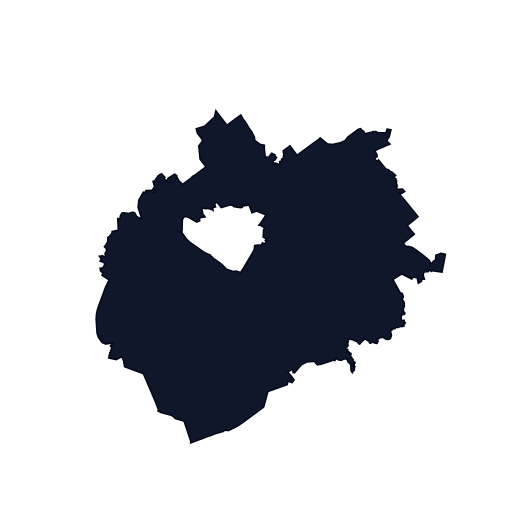 Kandavas pag., Kandavas, Latvia, rotated 243°
{"feature_id": "27541924B18979846350071", "entity_name": "Kandavas pag.", "entity_type": "district", "adm_level": 2, "iso_a3": "LVA", "parent_name": "Latvia", "parent_adm1": "Kandavas", "projection": "mercator", "projection_center": [22.728, 57.032], "detail": "fine", "context": "isolated", "style": "filled", "palette": "ink", "viewbox_px": 512, "rotation_deg": 243, "n_neighbors": 0, "source": "geoboundaries", "source_scale": "gbopen_adm2", "svg_char_len": 6135}
<svg xmlns="http://www.w3.org/2000/svg" viewBox="0 0 512 512"><g transform="rotate(243 256 256)"><path d="M259.4,79.3L255.2,78.6L248.9,79.5L245.8,82.0L243.5,89.0L243.3,89.0L242.8,88.7L242.7,87.9L242.4,87.7L242.5,87.4L242.3,86.9L242.5,86.1L242.3,85.8L241.7,85.4L240.6,85.8L239.2,85.4L238.8,84.6L237.7,84.1L237.4,83.2L236.8,83.2L236.2,82.6L236.4,81.9L234.8,80.9L234.2,79.9L233.1,79.5L232.0,78.4L227.1,84.4L227.2,90.6L222.9,90.5L217.0,88.6L202.2,102.2L172.6,100.2L163.7,99.3L162.4,98.3L159.6,100.3L153.2,107.4L151.2,109.1L147.7,110.3L141.6,116.9L120.3,113.7L119.1,112.9L117.1,130.9L116.4,134.9L116.3,137.8L114.5,147.3L114.9,148.9L112.9,152.4L112.8,161.9L113.6,168.6L117.9,194.3L129.8,205.1L127.2,225.5L130.0,227.5L126.8,230.7L128.3,233.7L133.3,232.9L138.3,231.7L138.3,237.3L135.3,236.1L134.4,237.3L138.4,247.0L138.5,253.3L136.1,258.7L135.8,260.1L131.2,261.1L130.0,264.8L127.9,278.1L127.0,278.7L128.4,281.0L126.6,281.7L124.7,283.9L124.2,285.1L124.4,287.2L123.4,289.5L122.2,290.2L119.9,289.9L116.8,291.0L115.4,290.7L110.9,288.7L109.5,288.6L108.3,289.0L109.2,289.6L109.2,290.7L109.8,292.0L112.0,293.0L112.4,293.9L113.3,293.8L113.7,293.1L113.9,293.2L113.9,293.8L114.3,294.0L115.4,293.2L115.7,294.1L115.3,294.8L115.6,295.5L116.3,294.9L116.5,295.0L116.4,295.5L116.6,295.8L118.7,294.8L119.3,295.4L120.2,295.6L121.1,295.1L122.3,295.2L123.9,294.8L124.7,295.2L125.0,295.9L126.1,296.4L127.1,295.5L128.9,295.1L128.9,294.3L129.0,293.9L129.9,293.9L131.0,295.3L131.3,295.3L131.8,294.0L132.6,293.7L133.6,294.4L133.7,295.0L133.6,295.9L134.6,297.6L136.0,297.6L137.7,299.2L139.4,299.8L139.3,300.9L139.1,301.9L137.4,304.2L133.2,307.4L131.6,307.6L130.5,308.1L130.5,308.9L131.3,310.3L132.4,314.0L132.3,315.5L131.9,316.4L130.3,316.6L129.2,318.2L127.3,317.6L126.4,318.1L126.2,318.8L126.5,320.2L126.3,320.7L124.5,322.3L123.2,323.9L123.2,324.3L124.4,326.0L126.4,326.3L126.8,327.3L126.6,328.2L126.9,329.2L126.4,330.2L126.4,331.1L126.0,332.1L123.0,333.9L121.6,335.7L121.3,337.5L121.7,338.5L123.4,340.5L128.5,342.0L128.7,342.5L128.4,343.0L128.4,343.8L129.0,344.2L128.2,347.0L129.1,348.0L128.1,349.3L127.7,350.8L127.9,352.4L126.9,353.6L126.3,356.0L127.1,356.3L128.6,358.5L129.0,358.3L129.1,358.7L129.9,358.4L131.5,358.8L132.2,357.1L133.0,356.6L133.6,356.6L136.5,358.2L136.9,358.8L137.3,359.5L136.7,361.4L136.7,362.0L137.5,362.8L139.4,362.4L140.5,362.5L142.4,363.8L144.1,365.6L147.5,367.0L151.4,366.7L152.5,368.7L153.4,368.9L156.3,369.4L157.8,367.8L158.4,367.8L172.9,367.3L173.8,377.7L164.7,384.3L165.5,385.1L165.5,387.1L163.1,389.7L158.0,388.2L158.2,391.9L160.1,393.4L158.8,395.5L163.4,396.4L165.5,398.6L163.8,402.5L165.0,404.2L162.6,405.2L162.9,406.3L157.1,414.4L171.5,425.6L174.6,421.9L174.5,420.8L175.0,416.6L171.1,414.3L170.7,411.4L169.7,409.6L170.6,408.3L173.5,408.4L181.7,404.9L189.8,400.8L192.7,399.2L195.6,395.9L196.5,393.9L200.5,393.0L203.5,407.0L214.4,404.6L217.4,418.3L247.2,411.9L247.1,412.3L246.8,412.4L245.9,413.5L245.6,414.4L245.9,417.8L249.3,416.8L251.1,412.5L252.3,412.2L254.1,413.0L254.2,413.7L257.0,414.1L259.4,415.5L259.8,414.9L261.2,415.7L262.6,414.9L264.0,415.1L264.3,417.0L269.0,415.3L270.5,414.0L272.7,413.3L274.4,411.3L286.0,408.8L285.4,407.1L288.2,405.6L289.3,407.2L289.5,409.1L291.3,409.8L295.8,409.8L295.8,412.6L294.9,426.2L299.2,424.7L301.8,428.9L307.2,433.6L309.6,430.4L306.8,427.6L310.7,420.4L312.7,419.3L312.7,418.4L312.3,417.5L312.4,417.3L313.7,417.1L313.8,415.5L315.6,408.5L315.9,408.3L317.7,408.7L321.2,407.0L321.9,407.2L322.5,404.9L320.4,392.0L319.2,389.7L318.4,387.6L318.7,382.4L320.6,375.1L323.3,370.6L332.1,366.8L331.8,366.4L327.2,338.3L338.8,336.4L337.4,327.9L334.2,327.0L330.2,324.1L330.8,322.8L328.9,321.8L329.4,320.0L327.6,319.3L327.2,317.9L327.3,317.1L328.5,317.1L331.4,313.6L333.3,314.9L332.9,316.4L334.4,319.1L336.7,318.0L337.3,319.0L340.5,316.7L338.3,312.0L340.1,309.2L348.1,312.3L350.9,313.8L353.7,310.3L359.4,307.5L361.6,308.1L362.5,308.6L368.7,308.6L372.9,307.9L380.6,307.4L383.7,306.7L388.6,306.5L385.8,289.5L403.7,286.2L398.8,282.1L395.0,269.2L396.5,260.5L392.0,259.5L384.5,260.9L382.6,260.4L380.2,255.0L367.7,250.1L358.2,251.8L355.9,238.7L355.8,236.9L355.6,237.3L353.2,223.3L356.6,221.9L358.9,221.4L362.8,221.5L363.4,221.9L365.9,220.8L365.3,213.2L363.4,210.2L366.9,209.2L367.4,210.6L372.2,209.2L372.1,205.6L368.9,199.6L369.3,198.1L364.0,197.1L363.4,196.6L363.1,196.1L363.2,195.7L362.9,195.2L361.8,194.5L360.5,194.5L359.1,195.0L359.4,193.3L362.1,193.7L361.8,192.8L364.3,187.8L364.0,187.2L362.8,186.5L364.1,184.6L359.0,176.9L352.9,173.0L342.8,171.3L341.0,170.7L345.4,167.6L349.4,167.6L350.1,167.2L351.1,165.8L351.7,162.0L354.5,157.9L355.2,156.2L353.5,153.5L350.8,151.5L352.2,149.8L340.9,144.7L341.3,143.8L341.8,143.9L342.6,141.6L342.5,141.0L343.3,139.1L341.5,137.8L339.7,133.2L339.9,132.4L336.0,130.3L334.2,127.5L333.1,125.1L330.1,126.1L330.2,125.8L328.4,125.1L326.9,122.7L324.5,121.9L324.2,120.3L325.9,119.4L326.9,116.3L323.8,116.8L322.2,114.7L320.3,116.7L317.7,118.1L315.0,114.3L315.9,111.4L313.1,110.7L310.4,111.8L308.6,110.0L301.4,114.3L296.4,107.6L282.3,92.4L279.5,89.7L276.4,87.3L272.2,84.8L259.4,79.3ZM259.7,253.1L250.9,239.2L248.2,234.6L250.1,233.2L251.7,231.3L252.5,228.8L257.7,223.7L263.2,222.1L266.5,220.6L271.3,218.0L271.3,217.8L273.5,216.9L274.6,216.8L276.0,215.9L277.4,215.9L282.3,211.8L298.6,203.2L302.7,201.8L311.7,200.5L312.3,199.1L312.9,199.4L311.9,201.5L322.3,207.2L322.3,207.7L322.6,207.8L322.6,208.3L322.9,208.3L323.4,209.2L323.1,210.8L322.8,211.5L321.7,212.7L319.6,214.4L314.8,217.4L314.0,218.2L313.3,218.3L313.1,218.6L312.8,221.8L315.6,223.0L313.9,228.4L315.4,228.3L317.2,227.6L323.4,229.6L321.0,232.5L320.1,234.6L319.3,235.7L317.4,237.8L316.1,238.5L318.7,239.3L318.1,242.3L321.3,242.7L321.7,245.6L314.9,247.0L313.3,255.5L311.9,258.1L310.3,258.4L308.0,261.3L305.8,264.6L305.5,266.0L307.1,266.5L307.8,267.4L306.8,268.5L306.1,268.0L304.5,273.0L296.3,271.9L295.8,276.8L288.1,283.5L283.0,274.6L282.2,272.5L280.6,274.5L278.9,275.2L278.1,276.4L275.8,275.0L275.7,274.5L269.6,270.9L266.6,272.9L265.6,271.2L264.6,271.9L264.0,271.2L262.9,269.1L264.8,267.8L263.5,265.5L263.1,265.3L264.0,264.4L264.8,263.0L266.0,259.6L262.4,257.1L259.7,253.1Z" fill="#0f172a" stroke="#020617" stroke-width="1.5"/></g></svg>